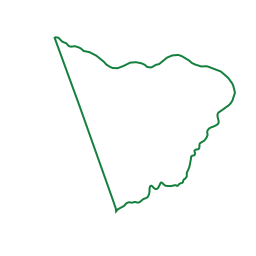 Sibinal, San Marcos, Guatemala, rotated 15°
{"feature_id": "79465075B17563879064897", "entity_name": "Sibinal", "entity_type": "district", "adm_level": 2, "iso_a3": "GTM", "parent_name": "Guatemala", "parent_adm1": "San Marcos", "projection": "robinson", "projection_center": [-92.035, 15.127], "detail": "fine", "context": "isolated", "style": "outline", "palette": "green", "viewbox_px": 256, "rotation_deg": 15, "n_neighbors": 0, "source": "geoboundaries", "source_scale": "gbopen_adm2", "svg_char_len": 2366}
<svg xmlns="http://www.w3.org/2000/svg" viewBox="0 0 256 256"><g transform="rotate(15 128 128)"><path d="M222.2,66.6L221.4,64.7L219.7,61.7L218.5,59.6L216.9,57.8L211.7,53.6L203.0,49.4L188.5,47.9L182.7,49.6L176.4,49.3L173.0,48.7L169.5,47.0L161.5,44.7L157.6,44.4L151.9,46.5L147.6,49.8L141.5,58.2L138.4,59.9L135.3,63.1L134.0,63.7L130.5,64.0L127.8,62.6L124.0,62.0L118.6,62.4L113.2,64.3L107.4,69.4L102.5,72.9L97.9,74.0L95.1,73.7L90.6,72.3L87.6,70.3L78.6,66.3L71.1,64.7L65.2,65.1L61.9,63.4L58.9,62.8L55.3,62.8L51.9,64.2L49.7,64.2L46.5,62.2L42.1,61.6L37.4,58.8L34.6,59.1L33.8,59.9L75.7,119.6L132.4,202.0L137.1,209.0L138.1,211.6L138.7,210.2L139.2,209.3L139.7,208.7L143.7,204.9L144.4,204.1L145.0,203.2L145.3,202.3L145.7,201.5L146.4,200.7L147.7,199.7L148.7,199.4L149.6,199.3L150.3,199.2L151.6,199.0L152.7,198.2L153.5,197.7L154.5,197.6L156.1,197.6L157.1,197.4L158.2,196.8L158.7,196.3L159.3,195.3L161.1,192.8L161.9,192.2L162.8,191.6L163.4,191.1L164.0,190.6L164.6,190.0L165.1,188.8L165.2,188.1L165.4,186.7L165.4,185.6L165.2,183.7L164.9,182.7L164.5,181.2L164.4,179.8L164.5,178.6L164.9,178.0L165.7,177.7L166.8,178.1L167.7,178.8L168.7,179.3L169.5,179.7L170.5,179.8L171.7,179.3L172.4,178.4L172.7,177.7L172.9,176.8L173.1,175.8L173.4,174.4L173.6,173.0L174.0,172.1L175.1,172.1L176.1,172.7L177.6,173.5L178.8,174.0L179.5,174.0L180.4,173.9L181.4,173.7L182.8,173.4L184.7,172.9L185.9,172.3L187.2,171.6L188.1,171.1L189.1,170.9L190.1,171.2L191.0,170.9L191.3,170.3L192.0,168.8L192.8,168.1L193.7,167.4L194.5,167.0L195.0,166.3L195.0,165.4L195.0,164.6L195.3,163.2L196.2,162.4L196.6,161.5L197.0,160.5L197.3,159.5L196.4,156.2L196.9,152.9L197.3,150.3L197.2,146.8L196.9,143.1L196.8,141.5L196.5,140.1L196.5,139.2L196.8,138.6L197.6,138.0L198.6,137.5L199.1,137.0L199.4,136.2L199.4,135.4L199.1,134.6L198.6,134.0L198.1,132.8L198.7,131.6L199.3,131.2L200.6,130.7L201.6,130.1L202.0,128.9L201.8,127.3L201.5,126.6L201.3,125.2L201.4,124.4L201.8,123.7L202.8,122.6L203.9,121.6L204.7,120.7L205.2,119.8L205.9,118.3L206.4,116.6L206.7,114.4L206.3,113.2L205.5,111.3L205.5,110.0L205.8,108.9L206.4,107.6L207.3,106.6L208.4,105.7L210.5,104.2L212.0,102.9L213.1,101.8L213.6,101.2L214.1,99.9L214.1,99.2L213.7,97.6L212.1,94.9L211.4,93.4L211.0,91.9L211.0,90.9L211.4,89.6L213.0,87.8L215.7,84.6L217.9,81.8L218.9,80.8L220.3,78.5L221.1,76.7L221.8,74.2L221.9,71.3L222.2,66.6Z" fill="none" stroke="#15803d" stroke-width="2"/></g></svg>